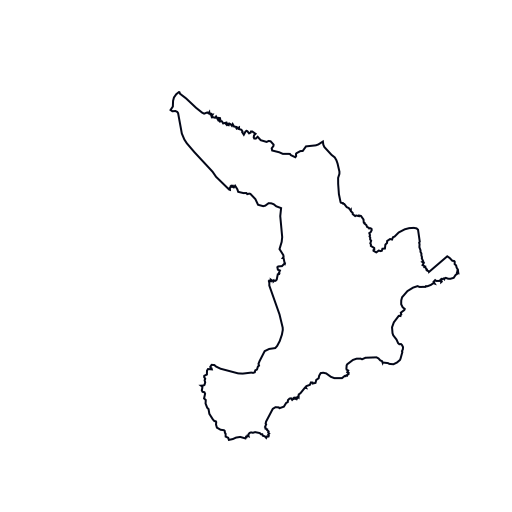 Sumba Barat, Nusa Tenggara Timur, Indonesia, rotated 318°
{"feature_id": "22746128B3578697728098", "entity_name": "Sumba Barat", "entity_type": "district", "adm_level": 2, "iso_a3": "IDN", "parent_name": "Indonesia", "parent_adm1": "Nusa Tenggara Timur", "projection": "robinson", "projection_center": [119.366, -9.585], "detail": "fine", "context": "isolated", "style": "outline", "palette": "ink", "viewbox_px": 512, "rotation_deg": 318, "n_neighbors": 0, "source": "geoboundaries", "source_scale": "gbopen_adm2", "svg_char_len": 6153}
<svg xmlns="http://www.w3.org/2000/svg" viewBox="0 0 512 512"><g transform="rotate(318 256 256)"><path d="M399.9,393.1L399.9,392.3L398.7,390.9L398.6,387.0L397.9,384.2L373.9,383.6L374.2,383.1L373.4,381.3L373.4,380.4L374.0,380.3L374.1,377.9L374.6,377.3L373.8,376.8L374.4,376.3L373.7,374.2L376.1,373.4L375.6,371.6L376.7,371.8L377.7,368.6L378.6,367.9L379.3,366.2L380.6,364.8L381.0,363.0L382.1,361.8L383.3,358.8L385.5,356.6L386.1,355.3L387.3,354.9L394.0,344.9L393.8,342.9L392.1,340.7L388.5,337.8L384.4,335.7L377.8,334.0L371.9,334.3L370.4,333.7L368.1,334.8L367.0,333.1L363.5,332.6L362.1,334.0L359.8,334.1L356.8,336.7L354.8,335.2L353.0,336.3L351.8,335.7L350.9,334.1L347.8,333.8L346.8,330.8L347.2,330.2L348.4,330.2L349.2,329.1L348.1,325.4L349.2,324.2L349.4,323.1L351.8,321.7L351.9,320.1L353.3,318.6L353.5,317.4L354.7,316.8L355.5,314.8L357.2,315.0L359.3,314.2L360.0,313.2L359.7,312.0L358.5,311.2L358.7,310.4L358.0,308.9L358.7,306.7L358.3,304.4L358.8,304.1L358.5,303.2L360.3,300.8L360.8,296.5L359.7,294.9L359.2,295.3L357.5,292.9L356.4,292.7L355.9,289.6L356.7,288.6L356.5,286.2L357.3,285.2L356.8,285.3L357.0,282.4L356.1,280.4L356.4,276.4L355.7,275.3L356.0,274.9L354.8,273.3L354.9,272.5L359.0,265.5L365.3,257.4L369.3,252.9L372.9,250.8L374.4,249.2L378.4,242.0L379.8,238.7L380.5,235.4L379.8,231.4L379.7,220.8L380.5,218.3L382.3,215.7L376.9,214.8L374.5,213.8L366.5,208.0L361.0,209.2L359.1,207.7L354.8,206.7L354.0,206.9L352.7,208.6L351.3,208.9L349.4,204.4L349.5,202.8L344.3,198.1L342.7,194.5L338.6,188.4L339.7,186.5L342.6,185.9L343.6,185.0L343.6,180.5L342.4,179.0L340.2,178.3L337.0,173.1L337.0,168.5L334.4,168.6L333.3,167.5L333.7,166.3L335.3,165.0L337.4,164.9L336.5,160.9L335.5,160.1L334.6,160.7L332.9,160.2L333.1,157.5L332.7,156.6L331.4,156.5L328.1,157.7L328.6,154.7L329.3,154.4L329.6,152.4L328.3,150.3L329.4,149.1L326.9,148.6L326.9,148.0L327.9,147.1L326.3,145.1L326.9,142.4L325.2,143.1L325.3,141.2L324.7,139.5L324.0,139.5L323.2,140.5L322.9,140.2L323.1,138.6L322.0,138.9L322.0,137.8L323.0,136.9L320.3,135.5L320.8,133.3L320.4,132.4L319.1,132.0L319.0,130.5L320.1,130.2L320.7,129.3L321.1,130.1L321.5,129.4L320.5,128.2L319.0,128.9L319.7,125.6L318.1,125.9L316.9,124.0L316.0,123.5L316.3,122.6L318.3,121.9L316.9,121.0L316.8,120.2L317.7,120.0L316.9,118.6L317.5,117.8L316.1,118.1L315.8,116.7L312.7,115.5L311.9,113.5L310.6,105.7L309.5,92.2L308.1,84.7L308.7,83.0L308.4,82.6L305.0,82.4L301.1,83.3L298.2,85.2L294.2,89.3L290.2,90.3L290.7,92.5L293.1,94.3L293.9,96.2L293.7,97.7L282.8,115.4L280.7,121.5L280.0,125.9L279.7,137.6L280.1,164.4L279.3,170.4L280.5,188.7L280.9,189.4L282.0,187.9L283.3,188.0L283.7,187.2L284.7,187.2L285.7,188.2L284.8,188.8L285.4,190.2L287.5,189.8L286.8,193.9L285.7,196.4L288.8,200.9L291.0,202.8L290.9,204.2L292.7,205.1L293.4,206.1L293.6,213.3L291.8,219.3L294.7,223.8L296.6,224.8L300.7,225.2L302.6,227.1L303.8,229.4L304.3,232.6L306.7,237.2L300.7,242.6L288.1,259.5L284.5,262.7L278.1,266.6L276.9,273.6L276.0,275.0L274.5,275.4L275.1,276.0L272.6,280.3L272.7,280.8L271.9,281.3L271.7,280.7L268.5,280.9L265.5,278.6L264.4,278.6L263.1,280.8L264.1,282.8L261.7,283.9L261.8,284.5L261.1,284.9L259.9,284.2L255.6,287.4L253.9,287.5L253.1,286.6L252.0,286.6L252.6,285.8L251.7,285.6L251.3,283.9L250.8,284.9L250.2,284.9L249.5,283.1L248.8,283.2L247.9,284.9L246.1,286.9L234.4,315.1L227.9,327.1L226.4,328.9L222.6,331.8L216.7,335.1L211.5,337.0L208.7,337.3L203.6,333.9L198.8,332.5L188.3,336.5L185.7,337.8L184.9,339.5L183.5,339.4L180.8,341.0L178.9,340.5L177.3,341.6L175.6,340.9L174.5,339.5L167.4,334.5L164.2,331.3L154.2,316.0L152.3,311.3L152.1,309.2L150.2,307.2L147.8,307.8L147.5,308.7L147.8,309.7L147.3,310.7L144.7,307.9L142.9,308.4L140.2,311.2L137.4,310.4L136.5,311.2L136.1,313.3L134.7,313.9L133.7,315.9L131.5,317.3L130.3,317.1L128.4,315.6L128.6,316.8L128.1,317.9L125.8,319.6L125.4,321.2L126.5,322.7L126.0,324.3L122.1,327.1L122.3,329.4L119.8,331.9L118.2,336.1L118.3,338.0L115.7,342.1L114.6,348.5L114.6,350.9L115.5,351.8L115.3,352.8L113.5,354.5L112.1,357.4L113.4,361.4L115.6,364.0L115.7,365.1L114.6,366.6L114.5,367.7L112.6,369.9L113.7,372.5L112.8,374.5L116.5,376.6L119.7,377.6L123.2,379.9L126.1,384.5L127.6,383.7L127.9,384.3L129.3,383.7L129.9,385.0L130.4,384.0L131.4,383.4L132.9,383.2L134.3,383.8L135.4,385.3L137.5,386.3L140.3,390.1L140.4,391.8L141.4,392.7L140.8,394.1L141.9,395.9L141.9,398.0L143.4,397.4L144.5,398.5L145.3,398.1L145.6,396.9L147.0,396.8L147.0,395.3L148.0,394.8L147.8,392.7L148.3,392.3L147.5,390.6L148.4,389.7L148.3,389.1L150.9,387.9L151.0,387.0L152.7,385.8L166.2,380.8L169.3,381.4L171.6,383.7L171.6,384.8L175.9,386.6L180.0,385.4L181.9,385.8L183.3,384.5L185.5,384.4L186.8,385.2L186.6,387.1L188.0,387.0L187.7,388.1L188.7,386.7L189.6,386.8L190.0,387.2L189.4,387.8L189.9,388.8L191.4,388.2L191.8,388.4L191.4,389.2L192.7,388.7L192.9,389.7L195.1,387.5L197.3,387.7L204.2,386.6L204.9,387.6L205.1,386.6L206.4,386.4L209.8,387.8L212.2,386.7L213.3,387.8L212.8,388.7L215.3,390.1L217.9,388.4L220.7,388.8L222.9,387.2L225.7,386.3L227.8,387.7L229.6,390.2L230.8,395.9L232.5,399.2L238.2,404.3L241.7,404.5L242.2,405.3L243.3,405.1L243.7,405.9L244.9,405.3L245.7,405.7L246.7,404.8L246.1,403.4L247.9,402.8L247.3,401.1L247.8,400.2L250.2,397.9L251.4,397.5L258.5,398.1L262.0,399.6L265.0,402.2L265.7,403.7L269.3,404.9L277.7,411.9L278.5,414.1L278.5,416.7L279.3,418.5L278.6,420.2L279.0,420.0L280.9,422.2L282.4,423.9L282.9,425.4L285.7,428.4L289.5,429.5L293.4,429.6L294.7,429.0L300.5,425.3L300.8,424.4L302.7,423.6L304.3,422.1L304.9,419.9L304.8,418.4L303.5,417.5L303.3,415.9L304.5,412.1L304.9,406.8L305.8,404.7L309.4,400.0L314.1,397.5L322.0,396.0L323.1,397.2L323.5,396.7L324.8,396.7L325.7,395.0L330.0,395.4L331.1,394.9L330.7,392.2L331.6,389.0L334.2,386.2L337.0,384.4L345.1,383.4L351.6,384.6L355.9,386.5L356.8,388.4L361.4,392.4L362.1,392.1L363.2,393.2L366.6,394.5L369.7,394.9L370.3,396.0L370.7,394.0L373.0,393.8L373.2,395.1L376.4,397.9L376.6,398.7L376.1,399.3L376.9,399.3L377.3,397.1L378.5,397.1L378.7,397.8L380.3,398.2L380.4,399.3L381.3,398.8L382.4,399.2L383.6,401.5L385.2,403.0L388.3,404.5L391.8,403.6L393.1,403.9L393.8,403.2L394.8,404.3L395.3,403.5L395.1,402.3L395.9,401.7L396.3,402.1L396.9,401.3L397.3,398.9L398.4,396.9L398.2,395.0L399.9,393.1Z" fill="none" stroke="#020617" stroke-width="2"/></g></svg>